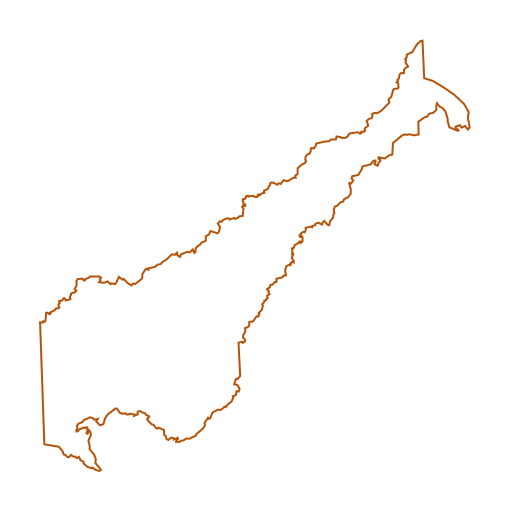 outline of Urucará, Amazonas, Brazil, rotated 268°
{"feature_id": "56859067B25055212595195", "entity_name": "Urucará", "entity_type": "district", "adm_level": 2, "iso_a3": "BRA", "parent_name": "Brazil", "parent_adm1": "Amazonas", "projection": "orthographic", "projection_center": [-58.835, -1.25], "detail": "fine", "context": "isolated", "style": "outline", "palette": "amber", "viewbox_px": 512, "rotation_deg": 268, "n_neighbors": 0, "source": "geoboundaries", "source_scale": "gbopen_adm2", "svg_char_len": 5967}
<svg xmlns="http://www.w3.org/2000/svg" viewBox="0 0 512 512"><g transform="rotate(268 256 256)"><path d="M377.1,474.1L386.6,472.6L392.4,473.6L400.6,469.3L410.5,459.4L417.9,449.5L424.8,438.9L427.8,430.3L465.4,429.9L465.0,427.9L462.0,424.3L454.4,419.3L451.9,413.6L449.3,413.6L447.7,411.9L446.7,412.8L444.3,412.2L439.9,414.6L438.9,412.2L437.1,410.5L433.5,410.1L433.9,407.7L432.3,405.7L428.5,405.1L426.9,403.4L425.7,404.0L424.6,402.6L423.3,404.2L419.2,404.3L418.4,403.1L418.2,399.8L417.4,399.0L410.2,396.7L407.9,393.9L404.6,394.6L397.0,386.5L394.5,382.3L394.9,379.0L393.4,376.8L391.9,377.4L389.6,376.3L389.2,373.9L387.2,371.4L382.3,372.7L380.1,369.5L378.8,368.9L377.6,369.5L376.5,368.7L376.4,365.5L375.1,365.5L374.6,364.4L376.1,362.1L375.3,354.6L374.8,353.3L372.1,351.6L370.9,349.2L371.0,345.9L371.9,344.7L372.6,340.7L369.7,339.8L369.8,334.9L368.2,333.1L367.9,327.9L366.2,320.1L363.9,319.5L361.4,317.5L362.0,315.8L361.5,314.5L359.0,314.4L356.2,313.0L355.7,310.8L353.6,309.1L350.5,308.6L348.8,309.3L346.9,307.7L346.0,305.2L342.2,300.7L336.4,300.4L335.0,298.0L332.8,298.4L332.9,296.0L329.6,290.2L330.8,286.1L327.1,283.2L327.9,281.3L326.5,279.7L328.7,276.0L328.8,273.7L328.2,272.7L326.5,272.6L325.1,271.2L322.7,270.4L320.9,266.2L318.7,266.5L318.4,264.0L316.6,261.8L317.5,261.0L317.1,259.9L315.9,260.1L314.9,259.0L315.3,256.3L316.3,255.0L315.7,250.7L316.6,250.1L315.9,247.9L314.6,248.0L313.3,246.6L313.4,245.1L311.7,244.5L310.6,245.2L308.7,245.1L307.8,247.1L306.4,246.9L306.5,244.6L305.6,243.8L303.6,245.2L296.6,244.1L296.1,240.4L294.9,239.3L293.7,236.3L294.7,235.5L293.4,230.9L294.7,230.0L294.3,227.1L293.0,224.2L291.3,222.8L292.0,221.3L289.7,218.9L286.1,221.1L281.4,219.7L280.0,218.4L282.5,211.3L279.2,209.8L277.4,206.5L272.9,206.3L271.2,201.9L268.8,200.0L268.5,198.8L265.7,195.9L262.1,195.6L261.3,194.5L264.8,192.9L261.9,190.1L262.5,187.2L260.2,181.0L257.8,180.0L259.4,177.5L262.0,177.1L260.1,175.2L260.5,171.7L255.9,166.9L253.4,162.5L251.2,160.3L250.7,157.1L248.7,154.8L247.4,147.7L246.1,148.0L246.8,145.3L242.0,141.8L238.3,141.6L236.7,140.5L232.3,134.3L232.7,132.0L230.9,130.5L233.2,127.1L237.7,122.9L237.0,121.8L239.9,118.3L234.2,115.4L232.8,114.0L233.8,110.8L232.9,109.6L235.8,106.8L234.5,103.2L235.3,98.3L236.9,99.7L238.3,99.3L239.7,100.4L240.9,99.0L241.3,89.3L240.2,88.3L239.0,85.2L237.5,83.9L237.6,82.8L239.0,82.7L239.4,81.3L239.1,76.8L237.4,75.8L232.8,75.6L229.0,73.6L227.6,75.3L225.7,73.4L225.9,72.1L224.7,69.7L223.6,69.8L221.6,68.6L219.3,69.0L218.2,64.2L220.4,63.3L220.5,62.2L218.3,60.9L217.8,57.6L215.4,58.2L214.9,57.1L213.7,56.8L211.6,57.7L210.5,56.8L210.8,54.5L209.0,53.2L206.6,48.1L205.6,48.6L205.0,47.6L206.6,45.4L206.6,44.3L198.9,43.4L197.5,42.4L198.2,40.9L196.9,40.3L197.2,37.9L75.2,37.9L72.2,52.4L67.4,56.0L64.4,56.8L64.0,58.3L61.5,60.9L61.5,62.3L63.7,64.1L61.8,66.7L61.8,68.7L60.5,69.5L60.5,70.8L61.4,72.0L58.0,73.6L56.3,76.5L54.8,76.4L51.2,80.2L49.6,84.3L50.3,85.1L47.9,88.2L46.6,91.9L47.8,93.6L54.7,88.3L58.6,88.8L63.0,87.4L68.8,82.9L71.5,83.2L77.3,82.1L82.8,84.7L86.0,84.4L87.5,83.1L84.2,81.4L84.7,80.4L87.7,81.5L89.9,81.6L90.9,80.8L90.0,79.2L90.7,78.1L88.9,73.6L87.1,71.8L86.9,70.5L88.2,70.4L90.3,71.6L92.7,71.1L94.6,72.7L96.1,76.7L97.9,78.1L100.6,84.5L99.7,87.2L98.1,88.5L98.7,92.2L96.2,90.6L92.3,94.1L93.2,97.5L99.0,99.5L102.7,102.1L108.4,110.2L108.4,111.7L103.9,114.5L103.1,116.9L103.3,120.2L102.3,121.0L102.0,122.8L102.8,124.3L101.8,129.1L100.5,128.7L101.9,132.4L104.1,132.1L104.9,133.3L105.0,135.2L104.0,136.0L102.6,139.7L101.3,140.4L99.4,143.6L98.0,143.0L97.6,141.8L96.1,141.6L91.4,145.8L90.9,147.7L87.3,150.2L86.9,151.7L87.9,152.4L85.4,157.9L80.6,158.0L79.0,159.7L76.4,160.1L75.2,161.9L77.5,164.9L76.8,167.3L75.5,167.5L77.1,171.3L75.9,171.6L74.1,169.8L73.0,169.7L72.9,173.4L73.9,174.2L74.1,176.8L76.0,179.9L75.7,183.0L78.7,189.7L80.0,190.1L85.8,197.4L88.7,199.1L91.1,198.8L96.0,202.4L95.0,203.1L95.1,204.3L101.2,207.2L103.8,212.7L103.4,215.4L106.6,219.7L106.1,220.7L108.4,222.4L111.5,226.6L115.8,228.5L116.7,228.0L117.7,231.0L121.5,231.8L121.2,234.0L123.8,235.0L127.9,232.8L128.5,229.8L133.3,231.4L134.0,232.0L133.6,233.2L136.6,236.0L170.0,235.5L170.8,239.4L169.7,239.9L171.2,242.2L172.6,242.3L174.9,240.2L177.1,240.4L180.8,242.6L184.4,242.6L185.1,245.2L186.7,246.8L190.4,247.0L190.7,250.7L195.7,254.5L195.4,256.1L197.8,257.4L198.8,256.6L202.1,260.0L206.1,261.2L207.5,260.5L209.5,262.5L211.1,262.8L211.3,264.3L212.9,265.1L213.2,266.2L215.8,265.7L217.5,268.2L219.6,267.1L220.5,267.6L222.4,265.8L224.4,268.8L226.6,269.3L226.8,271.6L229.4,273.8L229.2,275.1L230.3,275.8L232.5,275.6L233.9,281.9L235.5,282.8L235.6,285.3L240.7,284.6L244.7,286.0L246.1,288.9L245.6,289.9L246.6,290.6L248.3,289.9L247.7,290.5L248.8,291.8L248.2,293.5L249.8,293.5L252.9,291.6L255.9,293.2L256.5,293.2L255.9,292.3L256.5,292.1L260.5,292.6L262.3,292.1L262.9,294.2L265.6,295.1L267.5,298.8L269.0,300.1L268.9,300.8L268.6,300.2L267.4,300.8L268.9,303.0L273.1,303.1L273.7,300.5L274.9,300.2L274.8,301.9L275.7,301.1L276.8,301.5L278.6,304.4L278.0,305.5L281.0,306.8L282.5,306.6L283.4,312.0L282.7,313.0L284.1,313.5L284.7,316.2L286.0,316.4L287.1,319.3L285.1,323.1L287.2,323.7L288.6,325.4L284.2,329.2L284.3,330.4L287.9,331.1L291.9,334.5L294.9,334.8L296.2,335.9L299.0,335.2L302.7,336.6L303.3,338.9L306.4,341.9L307.5,345.2L309.5,345.8L311.9,350.5L314.9,352.8L319.3,353.1L325.1,351.7L325.8,351.9L325.1,353.4L328.0,355.8L330.3,354.2L332.4,355.0L333.4,361.1L338.9,364.6L341.8,365.5L343.6,373.9L346.5,376.0L347.4,378.1L346.4,378.9L344.0,377.5L342.2,379.7L342.1,381.0L344.2,381.3L347.1,383.8L348.5,383.2L349.0,381.7L350.4,382.1L348.9,388.1L352.1,392.9L352.6,395.8L364.1,396.8L371.4,406.2L372.3,409.0L371.8,410.9L372.3,413.5L371.1,417.9L371.7,422.8L384.5,422.9L388.8,429.4L389.3,431.9L392.2,434.1L392.8,438.0L395.7,441.4L399.3,441.3L402.4,442.3L399.3,444.4L397.2,447.7L394.0,450.3L386.2,452.4L384.5,452.2L377.9,453.7L374.1,462.0L374.6,462.9L375.2,462.6L375.8,460.7L378.1,459.8L379.7,464.3L377.1,466.0L378.7,469.5L375.0,472.1L377.1,474.1Z" fill="none" stroke="#b45309" stroke-width="2"/></g></svg>